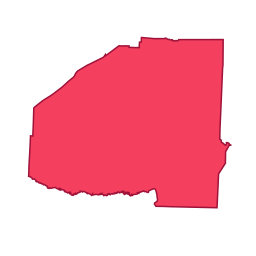 outline of Melton, Victoria, Australia, rotated 264°
{"feature_id": "25037944B20594454480773", "entity_name": "Melton", "entity_type": "district", "adm_level": 2, "iso_a3": "AUS", "parent_name": "Australia", "parent_adm1": "Victoria", "projection": "equal_earth", "projection_center": [144.547, -37.681], "detail": "fine", "context": "isolated", "style": "filled", "palette": "rose", "viewbox_px": 256, "rotation_deg": 264, "n_neighbors": 0, "source": "geoboundaries", "source_scale": "gbopen_adm2", "svg_char_len": 5187}
<svg xmlns="http://www.w3.org/2000/svg" viewBox="0 0 256 256"><g transform="rotate(264 128 128)"><path d="M203.4,113.2L201.3,111.4L200.9,110.8L195.5,96.4L194.8,94.3L190.5,85.0L190.0,84.0L189.3,83.1L188.4,82.2L187.7,81.6L185.5,80.3L184.4,79.2L183.9,78.6L180.9,73.9L175.6,66.8L169.8,57.3L167.8,53.6L165.7,49.2L164.0,45.9L159.3,38.4L157.8,36.4L143.0,34.4L130.0,32.5L130.4,30.2L119.5,28.6L112.1,27.4L97.8,25.1L97.5,25.2L90.3,24.1L90.2,24.6L90.1,24.9L90.0,25.1L89.8,25.2L89.6,25.7L89.2,26.4L88.2,27.3L87.7,27.5L87.1,27.6L87.0,27.8L87.0,28.2L87.3,29.3L87.2,29.5L86.2,30.3L85.6,30.8L85.3,31.2L85.2,31.2L84.7,30.9L84.3,31.1L84.0,31.6L84.0,31.9L83.9,33.1L83.2,33.3L82.7,33.8L82.5,34.4L82.6,34.8L82.3,34.9L82.2,35.0L82.2,35.5L82.1,35.9L81.6,36.1L81.5,36.7L81.1,37.8L80.6,37.7L80.4,37.9L80.3,38.3L80.4,39.0L80.3,39.3L80.1,39.6L79.9,39.8L79.6,39.9L79.5,40.0L79.3,40.4L79.0,40.7L78.9,41.3L78.4,41.4L77.8,41.9L77.1,41.6L76.8,41.7L76.9,42.2L76.3,42.8L76.1,43.4L76.1,43.6L76.1,43.8L76.6,44.2L76.5,44.4L76.1,45.3L76.4,47.6L76.4,48.3L76.5,49.3L76.0,50.0L75.3,50.8L74.9,51.7L74.3,52.4L73.9,53.1L74.9,52.9L75.2,53.9L74.5,54.6L74.3,54.7L73.9,54.8L73.6,54.6L73.4,54.5L73.4,55.0L73.8,55.4L73.9,55.6L73.5,56.0L73.3,56.8L72.9,57.7L72.3,58.4L71.9,58.7L71.7,58.7L71.4,58.3L71.2,58.5L71.1,59.0L70.8,59.6L70.5,60.3L69.8,61.0L70.2,61.7L70.1,61.9L69.7,62.1L69.8,62.6L70.3,63.4L70.3,63.8L70.2,64.0L69.9,64.1L69.5,64.0L68.8,63.2L68.7,63.2L68.4,63.7L68.0,64.8L67.9,64.9L67.4,64.7L67.2,64.9L67.0,65.9L66.8,66.1L66.8,66.5L67.0,66.9L67.1,67.0L67.8,67.0L68.0,67.1L68.0,67.4L67.9,67.7L67.5,68.4L67.5,68.6L68.4,68.8L68.5,68.8L68.6,69.0L68.5,69.3L67.7,69.7L67.6,70.0L68.9,71.2L68.7,72.0L68.8,72.4L69.4,73.9L69.6,74.0L69.8,73.8L70.0,73.8L69.9,74.0L69.9,74.6L69.8,75.3L69.7,75.4L69.2,75.7L69.1,76.0L69.2,76.4L69.6,76.8L69.6,77.2L68.7,79.0L67.8,80.0L67.9,80.4L67.7,80.8L67.1,80.6L66.9,81.0L67.1,81.5L67.0,81.8L66.8,82.4L66.3,83.5L65.7,84.0L65.2,84.3L64.7,84.9L64.8,85.1L65.5,85.4L66.2,86.0L65.4,86.1L65.1,86.3L65.0,86.7L65.3,87.2L65.3,89.4L65.1,90.5L64.6,91.2L64.7,91.9L64.6,92.1L64.6,92.3L64.8,92.4L65.2,92.6L65.5,92.9L65.4,93.4L65.7,94.3L65.7,94.6L65.1,93.8L64.8,93.8L64.9,94.8L64.6,95.4L64.6,95.8L64.5,96.3L64.3,96.5L63.4,96.8L63.2,97.0L63.7,97.6L63.8,97.7L63.7,98.4L63.8,98.7L63.8,98.9L63.5,99.1L63.1,99.2L63.0,99.4L63.0,99.7L63.1,100.3L63.4,100.7L64.0,100.7L64.5,100.8L64.6,101.0L64.8,101.4L64.7,101.6L64.1,102.1L64.2,102.3L64.5,102.8L63.5,103.3L63.6,103.5L64.0,103.9L64.1,104.4L64.3,104.7L64.3,104.9L64.2,105.2L63.9,105.7L64.0,106.1L64.3,106.3L64.5,106.8L64.3,107.0L64.0,107.0L63.9,107.1L64.3,107.7L64.2,108.2L64.3,108.3L64.6,108.3L64.8,108.4L64.7,108.7L64.2,109.1L64.2,109.3L64.4,109.5L64.7,109.5L64.9,109.7L64.9,109.9L64.8,110.2L64.5,110.5L64.7,110.9L65.4,111.1L65.6,111.4L65.5,111.6L64.9,111.9L64.9,112.4L64.8,112.7L64.4,112.9L64.5,113.1L64.9,113.5L64.7,114.1L64.6,114.5L65.1,114.6L65.8,115.4L65.9,115.6L65.7,115.7L65.4,115.7L64.9,115.4L64.8,115.5L64.7,115.7L64.6,116.0L64.7,116.4L64.8,116.7L65.3,117.0L65.4,117.3L65.1,117.4L64.7,117.3L64.4,116.5L64.0,116.3L63.9,116.4L63.4,116.9L63.0,117.2L62.5,117.2L62.3,117.4L62.7,118.7L62.9,118.7L63.2,118.4L63.5,118.4L64.3,119.1L64.3,119.3L63.9,119.9L63.5,120.0L62.9,120.0L62.7,120.3L62.9,120.6L63.6,120.7L64.1,120.9L64.2,121.1L64.1,121.4L63.5,121.8L63.5,122.4L63.3,122.6L63.1,122.5L62.9,122.3L62.6,121.3L62.4,121.0L62.2,121.1L61.8,121.9L61.5,122.4L61.2,122.6L60.9,122.7L60.8,123.1L60.6,123.2L60.3,123.3L60.5,123.8L61.4,124.3L61.6,124.7L61.6,125.2L61.5,125.4L61.2,125.2L60.5,124.5L60.4,124.6L60.3,124.9L60.6,125.6L61.0,126.0L61.2,126.5L61.3,127.2L61.3,129.3L61.4,130.0L61.5,130.5L62.0,130.8L62.8,130.6L63.0,131.3L62.9,131.5L62.6,131.4L62.2,131.4L61.9,131.6L61.8,132.0L62.0,132.1L62.7,132.6L62.8,132.9L62.9,133.8L63.3,134.1L63.2,134.6L63.2,135.2L63.5,135.9L63.9,136.8L63.8,137.1L63.4,137.2L63.0,137.7L62.9,138.1L63.0,138.9L63.0,139.1L62.7,139.7L62.1,140.1L61.9,140.7L61.8,141.1L62.0,141.6L63.1,142.0L63.5,142.5L63.9,143.8L64.3,144.9L64.7,146.3L64.9,147.4L64.8,148.0L64.6,148.4L63.9,148.9L62.2,149.3L58.7,149.8L56.5,149.7L54.2,149.9L53.3,149.8L52.3,149.4L51.6,148.5L51.3,147.9L50.9,147.0L50.3,146.5L49.4,146.4L47.9,147.3L47.2,147.6L46.5,153.4L46.5,153.6L45.3,162.0L39.4,208.2L72.9,213.3L82.8,221.2L94.2,222.6L100.3,226.9L100.0,229.0L100.4,228.2L100.9,227.2L101.0,226.9L101.6,227.0L101.8,227.0L102.2,226.8L102.8,226.0L103.1,225.1L103.2,224.7L103.1,224.3L101.9,224.3L100.8,223.5L100.6,223.3L100.7,223.0L101.0,222.6L101.6,222.2L101.8,221.8L102.4,221.5L102.8,221.2L103.8,219.7L104.5,219.3L104.9,219.4L105.3,219.4L106.1,219.3L106.6,219.0L106.8,218.9L106.9,218.4L107.1,218.2L109.2,218.3L109.3,218.4L116.9,219.3L133.5,221.8L178.0,228.4L180.4,229.0L206.0,231.9L210.6,187.6L210.3,187.4L210.1,187.4L209.6,187.0L209.4,186.7L209.5,186.1L210.0,184.9L209.7,184.1L209.7,183.8L209.9,183.4L209.9,182.8L209.9,181.8L210.2,181.5L210.9,181.6L211.1,181.4L211.2,179.1L211.5,178.7L211.8,178.5L211.9,178.3L211.9,177.2L212.1,176.5L213.1,175.7L213.4,175.1L213.4,174.0L213.1,173.7L214.1,163.7L216.6,150.8L212.0,150.1L212.2,148.4L206.8,147.5L207.0,145.9L206.9,145.9L208.1,137.5L209.5,137.7L210.0,133.5L210.2,130.8L210.7,127.6L202.2,113.3L203.4,113.2Z" fill="#f43f5e" stroke="#9f1239" stroke-width="1.5"/></g></svg>